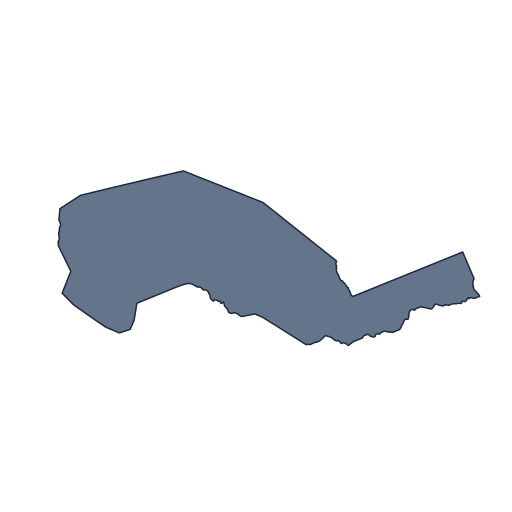 the district of Nawae District, Morobe, Papua New Guinea, rotated 338°
{"feature_id": "67681753B35920767491550", "entity_name": "Nawae District", "entity_type": "district", "adm_level": 2, "iso_a3": "PNG", "parent_name": "Papua New Guinea", "parent_adm1": "Morobe", "projection": "equal_earth", "projection_center": [147.161, -6.504], "detail": "fine", "context": "isolated", "style": "filled", "palette": "slate", "viewbox_px": 512, "rotation_deg": 338, "n_neighbors": 0, "source": "geoboundaries", "source_scale": "gbopen_adm2", "svg_char_len": 3431}
<svg xmlns="http://www.w3.org/2000/svg" viewBox="0 0 512 512"><g transform="rotate(338 256 256)"><path d="M282.6,209.1L274.3,201.2L255.0,182.8L220.5,149.9L195.7,146.0L185.9,144.5L152.0,139.3L116.0,134.0L91.9,138.7L86.7,148.9L86.9,151.3L86.7,153.1L86.2,154.5L85.0,155.3L84.2,156.6L83.7,157.6L83.1,158.6L83.1,159.4L82.1,160.0L81.2,161.9L80.7,163.6L80.4,164.7L80.4,165.7L80.2,166.3L79.3,167.3L78.3,168.3L77.9,168.7L77.9,169.4L77.2,170.3L77.0,171.7L76.6,172.6L78.6,200.8L62.3,217.9L68.7,233.1L82.4,254.3L89.9,265.5L100.4,276.1L111.8,276.9L118.8,270.1L127.8,255.3L128.0,255.2L173.6,255.0L181.2,255.7L182.2,256.0L183.0,256.3L184.9,256.9L186.6,258.5L187.7,259.9L188.5,260.9L189.8,262.6L191.6,263.5L193.4,264.8L193.7,266.2L194.4,267.7L196.2,268.3L198.0,270.1L198.3,272.1L198.3,273.9L198.7,275.1L197.9,277.7L198.4,279.9L199.6,281.9L201.5,281.0L203.3,282.5L203.8,283.7L205.4,284.3L205.7,284.8L205.5,286.2L206.4,287.0L207.3,287.0L208.0,286.4L208.7,287.4L208.3,289.4L208.3,291.1L208.9,292.6L209.5,294.2L209.5,295.9L209.6,297.9L210.7,299.3L211.9,300.2L214.6,300.3L215.7,301.2L217.3,302.8L218.5,305.1L219.6,306.4L220.9,307.0L233.3,309.3L239.6,315.9L245.2,323.6L269.3,357.0L270.7,357.1L273.2,358.4L277.8,358.2L278.6,358.2L279.9,358.7L283.7,358.5L285.6,357.5L286.8,357.4L287.8,357.0L288.0,356.9L288.6,356.3L289.4,356.0L290.1,356.0L291.7,356.7L293.5,358.0L294.4,358.9L295.8,360.4L296.7,362.3L297.5,363.6L298.7,364.6L300.7,365.7L301.2,366.1L301.7,367.0L301.9,368.4L302.4,369.1L304.3,369.1L305.5,369.9L306.3,370.7L308.0,373.2L308.3,373.5L309.0,373.5L310.0,373.0L314.3,371.9L315.5,371.8L319.5,371.9L323.8,371.9L324.5,371.5L326.0,370.4L326.6,370.3L327.7,370.3L328.9,370.6L329.3,370.3L330.4,370.3L330.9,370.8L331.4,372.1L331.9,373.0L333.4,374.4L334.5,375.1L335.8,375.4L336.4,375.1L337.0,374.2L338.0,373.6L340.0,373.7L341.1,374.6L342.0,374.6L343.0,373.9L344.1,373.7L346.5,373.8L347.6,374.2L350.8,376.4L352.7,377.2L353.8,378.0L361.4,378.0L363.0,377.1L364.0,376.2L365.9,374.0L367.1,373.6L367.6,373.2L368.8,371.6L370.1,370.7L371.3,370.7L372.9,371.5L373.5,371.4L374.2,370.5L375.9,367.7L376.3,366.4L378.8,364.0L380.5,364.0L381.6,364.4L382.4,365.5L383.1,365.5L385.2,364.6L386.3,364.6L386.9,364.9L389.0,364.7L390.1,365.1L394.4,367.8L397.8,370.4L398.6,370.7L400.0,370.5L401.5,369.6L403.3,368.3L404.1,368.0L404.9,368.0L405.6,368.3L406.8,369.7L409.1,371.4L410.3,372.3L412.3,372.2L412.7,372.5L414.1,372.5L414.8,372.8L416.2,373.9L419.7,373.9L422.3,374.6L423.9,375.4L425.7,375.5L428.5,376.9L429.0,376.5L430.0,375.3L431.1,375.5L432.5,376.6L433.1,376.5L434.9,375.9L435.9,374.8L436.6,374.4L437.3,374.5L437.8,375.5L438.0,375.5L438.7,375.0L439.2,374.8L439.9,375.2L441.0,376.2L442.0,376.5L443.3,377.3L443.9,377.3L445.9,376.9L447.7,377.3L448.2,377.2L448.3,376.3L448.0,374.7L447.3,373.4L446.7,370.8L445.6,369.4L445.7,367.1L446.3,365.1L446.6,363.1L447.1,361.8L448.1,360.5L449.7,358.6L449.1,329.8L448.9,329.8L448.8,329.7L330.7,329.8L330.3,329.1L329.6,328.4L329.7,326.4L329.6,325.6L329.8,324.2L329.6,322.5L329.3,320.9L329.6,319.9L328.8,319.3L328.8,317.9L328.2,316.9L328.3,315.9L328.0,314.8L327.8,314.0L327.1,313.3L326.8,311.5L326.4,311.4L326.2,310.9L325.6,310.6L325.2,309.2L325.2,308.1L325.3,305.9L325.1,305.0L325.2,303.9L325.0,303.4L325.0,302.4L324.9,301.3L325.1,300.1L325.2,298.9L326.2,297.4L326.3,296.2L327.0,295.4L326.9,294.7L326.9,294.2L327.1,293.3L327.4,292.5L328.1,291.5L328.6,291.5L328.6,290.5L282.6,209.1Z" fill="#64748b" stroke="#1e293b" stroke-width="1.5"/></g></svg>